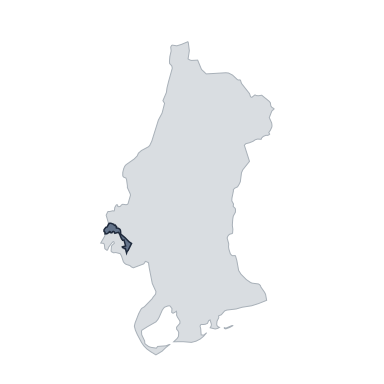 location of Koneurgenc, Tashauz, Turkmenistan, rotated 254°
{"feature_id": "10190150B53844356403959", "entity_name": "Koneurgenc", "entity_type": "district", "adm_level": 2, "iso_a3": "TKM", "parent_name": "Turkmenistan", "parent_adm1": "Tashauz", "projection": "orthographic", "projection_center": [58.858, 42.114], "detail": "fine", "context": "in_parent", "style": "filled", "palette": "slate", "viewbox_px": 384, "rotation_deg": 254, "n_neighbors": 0, "source": "geoboundaries", "source_scale": "gbopen_adm2", "svg_char_len": 5080}
<svg xmlns="http://www.w3.org/2000/svg" viewBox="0 0 384 384"><g transform="rotate(254 192 192)"><path d="M115.0,128.6L131.1,130.0L136.0,130.7L138.1,128.4L138.1,127.9L137.3,127.3L136.2,125.7L135.3,114.7L136.7,113.1L138.4,112.0L140.7,108.6L142.0,107.6L143.8,106.8L149.9,106.6L152.5,106.0L154.8,102.1L155.2,99.8L156.9,98.0L157.8,98.0L162.0,99.6L162.8,100.4L164.2,103.3L165.8,103.1L166.0,102.7L165.8,102.0L164.6,100.2L162.1,96.9L159.6,94.9L159.4,94.2L161.5,92.6L165.9,93.3L167.0,92.8L168.1,90.2L173.8,96.1L174.9,96.6L179.4,97.4L180.2,98.2L181.8,101.6L183.3,102.5L185.3,103.1L193.4,103.1L196.0,105.4L196.4,105.9L195.9,107.5L195.8,110.6L195.2,111.8L195.6,112.3L198.5,113.6L200.3,115.5L200.5,116.3L200.0,116.9L198.6,116.7L198.0,117.6L198.0,119.2L199.0,120.6L199.3,122.0L197.9,125.2L197.9,126.5L198.4,127.3L205.9,132.0L207.1,132.1L214.2,131.1L215.6,131.6L221.9,132.5L223.7,132.3L224.8,130.7L225.9,130.0L227.0,130.0L230.0,130.9L233.3,132.8L235.4,134.6L236.5,136.3L239.7,145.6L241.8,149.3L244.1,151.2L245.8,154.8L247.5,162.7L248.5,164.3L252.0,167.4L270.4,179.5L276.1,185.0L284.8,190.1L287.8,189.2L294.7,194.8L299.0,196.7L304.6,199.9L316.5,207.2L318.9,207.3L321.6,205.9L324.0,206.4L328.4,208.1L333.3,210.8L337.2,211.5L338.5,212.8L338.6,213.6L336.7,217.7L336.8,222.7L337.6,229.4L336.5,229.6L328.6,228.4L321.0,224.9L319.4,226.4L318.6,227.8L317.2,233.8L307.2,234.9L301.6,238.2L297.3,257.4L296.3,259.9L293.2,263.2L287.5,266.6L286.7,267.8L286.6,269.0L285.9,269.4L282.7,269.5L270.7,274.4L268.0,274.5L266.9,274.9L266.5,275.6L268.0,279.3L266.9,280.5L266.2,282.4L265.8,285.7L257.9,291.2L256.2,291.9L252.9,291.5L251.3,292.1L249.6,293.8L248.8,293.4L248.3,291.7L247.4,290.7L242.2,286.8L236.4,287.6L234.2,287.3L232.5,286.7L229.8,284.4L228.0,282.2L226.2,282.6L225.7,281.5L225.6,280.3L226.1,278.7L225.8,275.9L224.8,273.9L223.6,273.0L224.8,269.7L224.8,267.3L223.9,264.6L223.5,260.8L223.6,257.0L222.5,255.2L205.6,255.7L199.4,247.0L196.9,244.9L188.6,241.3L186.3,239.3L184.4,237.2L183.9,234.2L182.9,232.4L181.6,232.1L175.1,228.7L172.5,227.8L169.0,228.6L166.8,227.6L164.4,229.0L163.3,229.0L160.7,228.2L157.4,225.0L154.7,223.7L149.0,221.6L144.9,221.0L141.4,219.7L141.0,219.2L141.0,216.6L140.5,215.4L139.5,214.1L138.1,213.1L132.0,213.0L129.2,212.0L127.0,211.7L122.1,211.8L120.5,212.5L119.6,213.3L119.0,215.9L118.4,216.2L113.7,216.2L103.7,215.2L99.5,216.4L92.8,220.1L88.9,223.3L87.8,224.7L85.3,230.5L84.3,231.4L83.0,232.0L81.7,232.0L75.6,234.1L73.3,234.5L67.3,233.9L66.4,225.0L66.2,218.0L67.4,208.4L67.4,202.2L68.9,192.9L68.7,190.6L65.9,186.3L65.6,183.4L63.8,183.1L61.0,180.5L58.2,179.3L56.7,179.2L55.4,179.8L54.3,181.1L53.8,178.9L53.9,176.6L56.5,172.0L57.9,173.5L59.6,174.2L64.1,174.1L63.7,172.5L61.5,170.7L61.2,168.5L61.5,166.3L62.2,164.2L61.6,163.3L60.6,162.7L58.2,162.7L52.1,161.4L51.2,163.9L52.7,167.3L50.1,163.3L48.4,159.4L47.5,154.8L47.6,150.0L50.5,142.4L53.1,133.1L55.2,137.2L56.8,139.1L60.5,140.5L62.4,140.3L64.4,139.4L66.3,139.9L69.1,144.2L71.3,144.8L75.8,143.5L78.0,143.2L79.8,144.0L81.7,144.1L81.0,142.2L80.7,140.3L81.9,139.3L85.4,140.6L88.2,139.6L88.8,139.1L89.1,137.5L88.9,134.3L88.3,132.9L86.7,130.9L80.8,126.0L78.8,124.0L77.1,121.5L74.8,112.0L73.0,105.8L72.2,105.1L68.7,104.3L61.8,105.4L59.4,104.9L58.3,105.5L55.3,107.8L53.9,109.9L51.7,114.7L53.0,116.4L51.3,124.7L51.7,128.3L51.5,128.6L49.7,124.0L47.2,119.3L45.4,112.4L49.8,108.3L53.5,105.4L57.4,103.3L61.3,102.0L70.2,100.1L75.0,99.5L78.9,99.6L81.8,101.2L89.6,107.1L93.0,110.3L94.0,111.6L94.8,114.6L100.4,124.3L101.7,125.7L103.9,128.9L106.2,129.9L115.0,128.6ZM52.6,193.5L52.3,194.8L51.4,190.9L51.1,186.7L51.9,185.5L52.7,185.7L51.8,187.1L52.6,193.5Z" fill="#d9dde1" stroke="#a8b0b8" stroke-width="1"/><path d="M151.4,112.3L152.6,113.1L153.5,114.5L159.2,119.7L161.4,117.8L166.6,115.0L171.2,111.9L174.0,112.5L175.0,112.6L175.3,112.6L176.0,112.4L176.8,111.8L177.4,111.2L177.8,110.5L178.1,109.8L178.2,109.6L178.3,109.5L178.3,109.4L178.7,109.4L179.5,109.9L180.0,109.5L180.5,109.4L180.9,109.3L181.2,109.1L181.3,109.1L181.3,108.5L181.3,108.2L182.3,107.9L182.5,107.9L183.8,106.1L184.1,105.7L184.3,105.4L184.4,105.0L184.5,104.9L184.6,104.6L184.7,103.7L184.3,103.5L184.2,103.1L184.1,102.9L182.8,101.8L181.7,100.6L181.7,100.2L181.8,99.5L181.6,99.1L181.1,98.6L180.9,98.2L180.6,97.8L179.9,97.0L179.1,96.8L178.8,96.6L178.2,96.6L177.8,97.1L177.1,97.3L176.6,97.1L175.7,96.9L175.6,97.7L175.5,97.8L175.4,97.9L175.4,99.2L175.4,99.3L175.6,99.8L175.8,100.3L176.1,100.8L176.2,101.0L176.5,101.4L176.7,101.9L176.4,102.2L176.3,102.4L175.6,102.1L175.4,102.4L175.4,102.5L175.1,102.9L175.0,103.2L174.9,103.8L175.8,104.7L175.8,105.6L175.7,105.7L175.4,106.0L175.2,106.2L174.2,106.2L174.1,106.3L174.0,106.5L173.8,106.5L173.6,106.5L173.5,110.2L173.1,110.4L172.7,110.4L172.6,110.5L172.1,110.7L171.5,110.7L171.3,110.9L171.2,110.9L169.0,111.0L168.8,111.1L167.2,111.2L167.1,111.3L167.0,111.5L166.2,111.4L166.0,111.5L165.8,111.7L164.7,112.0L164.6,112.7L164.6,113.4L158.4,113.3L158.5,110.4L158.5,109.9L157.7,109.9L157.6,110.1L157.5,110.4L157.4,110.7L157.3,110.9L156.7,111.1L156.2,111.3L156.2,111.7L156.1,112.4L151.4,112.3Z" fill="#64748b" stroke="#1e293b" stroke-width="1.5"/></g></svg>